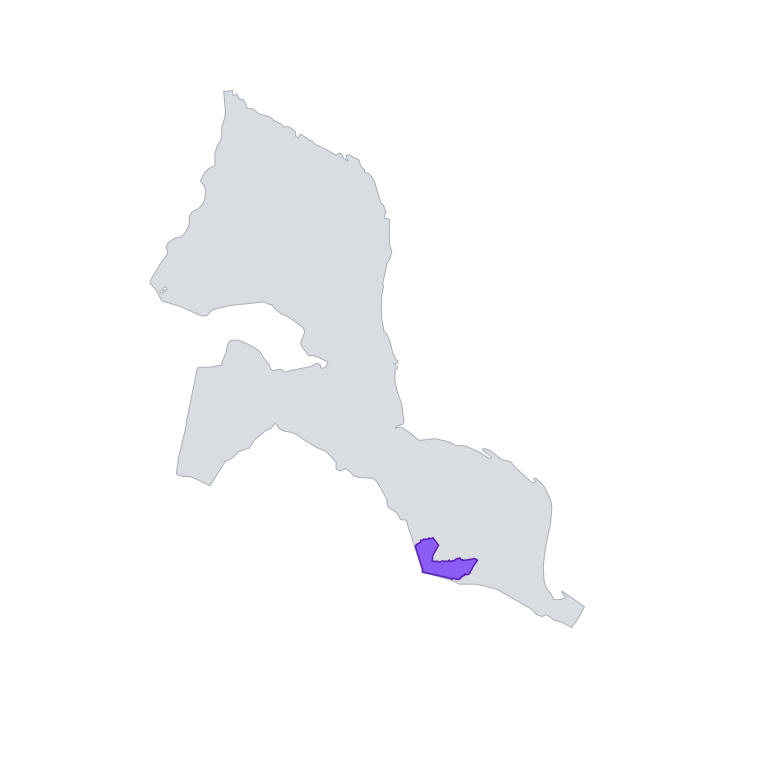 Chicualacuala, Gaza, Mozambique (highlighted), rotated 300°
{"feature_id": "85939544B15867606683535", "entity_name": "Chicualacuala", "entity_type": "district", "adm_level": 2, "iso_a3": "MOZ", "parent_name": "Mozambique", "parent_adm1": "Gaza", "projection": "orthographic", "projection_center": [32.034, -22.729], "detail": "fine", "context": "in_parent", "style": "filled", "palette": "violet", "viewbox_px": 768, "rotation_deg": 300, "n_neighbors": 0, "source": "geoboundaries", "source_scale": "gbopen_adm2", "svg_char_len": 8394}
<svg xmlns="http://www.w3.org/2000/svg" viewBox="0 0 768 768"><g transform="rotate(300 384 384)"><path d="M239.8,511.1L244.4,507.4L275.4,473.1L277.4,471.8L274.9,466.1L279.0,459.5L279.5,449.2L280.8,447.5L285.5,444.1L292.1,433.5L296.3,425.3L296.8,421.4L291.0,410.1L289.2,404.1L291.0,398.9L291.7,394.1L290.9,392.4L287.2,390.4L286.7,388.2L286.6,385.7L287.4,384.3L291.9,382.0L292.9,380.7L296.6,367.7L295.4,357.9L295.4,346.7L296.4,335.1L296.0,328.5L293.2,320.9L292.9,315.5L295.0,311.7L295.4,309.4L288.4,308.2L284.8,305.0L271.4,300.0L261.1,299.3L252.5,291.8L245.7,290.6L237.1,285.1L209.8,284.3L208.8,283.7L207.7,267.1L206.6,261.6L203.2,255.8L202.3,251.7L202.5,249.0L217.6,242.8L247.2,234.1L253.8,231.3L304.5,214.4L306.0,215.5L311.0,224.2L319.4,234.1L321.4,232.8L333.6,231.3L335.4,230.1L339.1,229.2L343.3,228.8L344.8,229.4L349.2,235.5L350.6,247.0L350.7,254.7L350.1,260.2L346.4,266.4L343.7,274.4L339.9,278.7L339.9,280.8L344.2,285.7L345.1,287.7L344.8,291.9L345.5,293.6L349.3,296.2L352.1,300.2L362.8,312.0L365.6,314.1L367.8,314.7L368.8,317.0L368.2,319.6L366.5,321.1L367.1,323.3L369.1,325.1L374.2,324.9L374.8,324.1L374.6,313.9L373.0,307.9L370.9,305.1L375.3,294.1L377.6,291.1L385.9,290.1L389.6,289.1L391.2,287.8L392.5,284.4L393.6,274.6L394.2,265.4L393.4,260.0L394.7,251.9L396.6,246.9L395.8,245.9L395.2,239.1L375.0,211.4L363.4,199.1L361.5,197.8L355.0,196.6L351.7,192.1L349.1,167.8L344.9,150.2L351.9,138.8L354.2,131.4L355.6,130.3L361.4,129.9L382.0,130.6L387.0,131.4L389.4,130.8L394.8,126.4L399.1,126.6L405.0,129.6L408.2,132.2L408.8,134.4L412.7,135.7L420.1,136.3L425.5,135.3L428.9,132.9L432.4,131.6L436.1,131.6L438.9,132.6L440.8,134.5L444.3,136.0L449.7,137.1L455.6,136.0L462.0,133.0L465.6,129.7L467.7,124.0L468.9,123.3L477.8,123.1L482.6,124.4L488.6,128.3L499.3,122.3L506.0,120.5L512.3,120.8L517.6,119.5L521.7,116.6L526.0,114.9L534.9,113.0L540.9,110.2L557.6,98.7L559.4,102.4L562.5,105.9L558.1,109.2L561.9,111.7L559.0,115.0L558.6,117.3L559.8,119.8L557.9,123.6L555.4,126.5L554.7,128.7L556.7,132.9L555.4,140.1L558.4,152.4L557.2,156.4L557.7,165.9L556.3,169.3L558.4,170.7L559.4,174.5L558.2,181.1L554.5,183.7L554.0,186.4L558.6,186.7L558.3,195.1L557.6,197.5L558.6,200.4L557.2,203.4L558.2,216.9L558.1,226.6L558.2,228.2L562.0,230.1L561.8,232.7L559.2,236.1L559.2,241.3L562.1,237.3L563.8,237.5L565.2,239.2L565.0,245.1L565.7,248.0L565.3,250.6L560.6,255.2L560.2,259.9L558.4,260.4L557.5,261.5L558.6,264.3L558.4,266.7L555.0,274.0L539.1,291.0L538.6,294.0L534.5,299.4L530.3,300.1L527.9,301.5L529.5,306.6L508.7,318.1L506.6,319.8L503.2,324.2L496.4,326.3L489.1,326.3L487.8,327.2L471.2,332.3L467.8,335.0L460.7,337.2L449.5,343.1L440.3,348.8L429.8,357.4L428.3,362.1L423.3,368.3L415.9,375.5L411.4,381.6L411.1,384.3L408.5,385.0L406.4,382.4L405.4,387.4L403.6,387.7L401.7,386.6L392.5,391.7L385.6,397.6L375.8,409.0L361.6,420.1L358.4,420.3L354.1,416.3L351.7,415.9L355.2,420.3L354.8,429.8L352.9,440.9L353.1,443.3L362.1,455.3L366.3,469.2L366.6,476.3L371.0,485.5L372.7,499.3L372.0,512.0L374.2,514.1L375.0,512.3L375.5,504.3L376.8,502.1L378.0,502.5L379.1,506.9L379.4,511.5L377.5,521.4L377.9,525.5L380.0,532.3L377.2,540.1L372.6,561.8L373.5,563.2L375.6,563.8L376.4,561.4L377.6,561.5L378.2,562.9L376.3,571.4L374.5,575.1L368.4,584.2L365.1,588.0L359.7,591.8L347.2,597.6L322.3,606.0L306.5,612.7L294.0,620.7L288.6,626.2L286.3,632.4L282.1,638.9L285.6,644.4L290.2,648.3L292.4,641.9L293.7,641.8L291.3,668.9L274.4,669.3L269.5,668.3L266.8,668.5L266.6,657.2L264.5,648.7L265.4,642.6L265.1,639.4L261.6,637.2L260.7,630.7L262.7,625.7L262.7,584.1L256.7,563.9L248.4,549.4L247.9,542.2L244.2,526.1L239.8,511.1ZM356.3,148.8L358.4,147.8L358.8,145.8L357.4,144.8L356.2,144.9L355.5,148.1L356.3,148.8ZM354.8,145.1L353.1,143.6L351.8,143.9L351.4,145.2L352.7,146.9L354.1,146.9L354.8,145.1Z" fill="#d9dde1" stroke="#a8b0b8" stroke-width="1"/><path d="M275.3,503.1L275.1,503.0L274.7,502.9L274.4,502.8L274.3,502.6L274.1,502.3L274.0,502.2L273.9,502.1L273.7,501.9L273.3,501.6L273.2,501.4L273.0,500.7L273.3,500.5L273.3,500.4L273.1,500.3L273.0,500.2L272.7,500.0L272.3,500.1L272.2,500.0L272.1,499.9L272.0,499.7L271.9,499.6L271.7,499.6L271.4,499.6L271.4,499.1L271.4,498.9L271.2,498.8L270.8,498.7L270.6,498.5L270.5,498.0L270.4,497.7L270.5,497.5L270.5,497.4L270.4,497.2L270.2,497.1L269.9,496.9L269.6,496.7L269.5,496.4L269.4,496.3L269.4,496.1L269.3,495.9L269.1,495.9L268.9,495.7L268.6,495.6L268.3,495.5L268.3,495.4L268.2,495.4L267.9,495.2L267.6,495.2L267.4,494.8L267.4,494.7L267.3,494.4L267.2,494.5L267.1,494.4L266.9,494.2L266.7,494.0L266.2,494.4L265.9,494.9L265.7,494.9L262.3,493.0L262.2,492.8L261.9,492.7L261.7,492.7L261.2,492.6L260.7,492.4L260.4,492.4L259.1,492.2L252.6,499.3L252.4,499.6L249.0,503.2L249.0,503.3L245.1,507.6L244.6,508.3L244.1,508.7L243.9,508.9L243.4,509.5L243.0,510.0L242.5,510.4L241.7,510.9L241.6,511.0L241.1,511.4L240.6,511.7L240.4,511.7L243.5,521.4L245.7,528.4L248.9,538.9L248.8,540.3L249.1,540.5L249.5,540.5L250.0,540.5L250.1,540.9L250.1,541.2L250.1,541.3L250.3,541.4L250.4,541.6L250.5,542.1L250.5,542.4L250.5,542.6L250.7,543.0L251.0,543.5L251.1,544.2L251.3,545.0L251.5,545.3L251.8,545.4L252.1,546.4L252.1,546.5L252.3,546.7L252.4,546.8L252.5,546.6L252.9,546.7L253.3,546.8L253.5,547.0L254.0,547.5L255.1,547.5L255.5,547.6L256.0,547.8L256.2,548.0L256.3,547.9L256.3,547.6L256.5,547.6L256.6,548.1L256.8,548.4L257.1,548.5L257.2,548.4L257.3,548.3L257.4,548.2L257.5,548.2L257.6,548.3L257.7,548.5L257.9,548.6L258.1,548.7L258.2,548.8L258.3,548.9L258.4,549.0L258.4,549.3L258.5,549.4L258.6,549.5L258.8,549.4L258.9,549.5L259.0,549.5L259.3,549.3L259.4,549.1L259.5,549.0L259.7,548.9L259.9,548.9L260.1,549.1L260.2,549.4L260.2,549.6L260.1,549.8L260.2,550.0L260.2,550.6L260.4,550.8L260.5,550.9L260.5,551.0L260.4,551.4L260.5,551.5L260.9,551.8L261.0,552.0L261.4,552.3L261.7,552.5L261.8,552.5L262.0,552.5L262.3,552.5L262.6,552.7L262.7,552.8L262.8,552.9L263.1,552.8L263.3,552.8L263.5,552.8L265.2,552.5L265.9,552.6L266.3,552.6L266.7,552.6L267.4,552.6L268.3,552.6L269.1,552.7L269.5,552.5L269.9,552.5L270.9,552.4L271.1,552.4L271.6,552.5L272.2,552.6L272.9,552.7L274.0,552.7L275.1,552.9L275.6,553.0L276.1,553.0L276.5,553.0L276.8,552.9L277.1,552.9L277.4,553.1L277.7,553.0L277.9,553.0L278.2,552.9L278.0,552.6L277.9,552.3L277.9,552.1L278.0,552.0L278.2,551.7L278.3,551.6L278.3,551.4L278.3,551.0L278.3,550.9L278.3,550.7L278.2,550.6L278.1,550.4L278.0,549.8L278.0,549.4L277.9,549.2L277.6,548.7L276.9,548.5L276.6,548.4L276.5,548.1L276.3,547.8L276.1,547.6L276.0,547.4L275.9,547.2L275.7,547.2L275.4,546.7L275.2,546.2L274.9,545.9L274.8,545.6L274.7,545.6L274.4,545.5L274.4,545.4L274.4,545.2L274.1,544.9L273.9,544.6L273.6,544.5L273.5,544.4L273.4,544.4L273.3,544.2L273.2,544.1L272.9,543.9L272.7,543.5L272.6,543.4L272.5,543.2L272.4,542.9L272.5,542.7L272.4,542.6L272.1,542.2L271.9,542.0L271.7,541.8L271.3,541.6L271.2,541.5L271.1,541.3L271.1,541.0L271.0,540.9L270.9,540.8L270.9,540.7L271.0,540.7L271.0,540.4L271.2,539.9L271.1,539.7L270.8,539.5L270.6,539.2L270.4,539.0L270.3,538.8L270.2,538.8L270.2,538.7L270.4,538.4L270.4,538.2L270.6,538.1L270.7,537.9L270.8,537.6L271.0,537.5L271.1,537.2L271.3,536.8L271.3,536.6L271.2,536.5L271.0,536.4L270.6,536.1L270.4,535.9L270.3,535.7L270.2,535.5L270.1,535.4L269.9,535.3L269.8,535.1L269.4,534.7L269.2,534.6L268.9,534.5L268.8,534.3L268.7,534.2L268.4,534.2L268.2,534.0L268.0,533.8L267.9,533.7L267.7,533.6L267.3,533.4L267.0,533.3L266.3,533.3L266.2,533.3L266.0,533.2L265.9,533.1L265.7,532.9L265.6,532.7L265.5,532.4L265.6,532.2L265.6,531.9L265.4,531.6L265.2,531.4L264.9,531.2L264.4,531.1L264.2,531.0L263.7,530.7L263.5,530.4L263.4,530.4L263.4,530.1L263.4,529.9L263.5,529.7L263.7,529.4L263.8,529.3L263.9,529.2L264.0,529.1L264.1,528.9L264.1,528.7L263.9,528.5L263.7,528.3L263.6,528.2L263.4,528.1L263.2,528.2L263.2,528.3L262.7,528.3L262.5,528.2L262.4,528.1L262.3,527.9L262.1,527.9L262.0,527.7L261.8,527.3L261.7,527.1L261.7,526.9L261.8,526.7L261.7,526.5L261.7,526.4L261.6,526.2L261.4,525.8L261.1,525.7L260.8,525.6L260.7,525.4L260.6,525.2L260.6,524.7L260.6,524.4L260.6,524.2L260.3,523.9L260.2,523.8L260.1,523.6L259.7,522.8L259.4,522.5L259.2,522.3L259.0,522.1L258.8,522.0L258.4,521.9L258.1,521.8L257.8,521.6L257.8,521.4L257.7,521.3L257.5,521.2L257.4,521.1L257.4,520.8L257.2,520.4L257.3,520.2L257.2,519.9L257.1,519.7L257.3,519.4L257.4,519.2L256.9,518.8L256.7,518.6L256.8,518.4L256.8,518.2L256.5,518.0L256.2,517.5L256.2,517.4L256.1,516.9L255.8,516.7L254.6,514.1L257.1,513.4L259.0,512.1L263.1,512.0L271.7,511.9L275.3,503.1Z" fill="#8b5cf6" stroke="#5b21b6" stroke-width="1.5"/></g></svg>